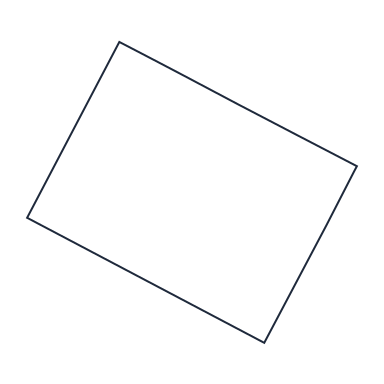 Grundy, Illinois, United States of America, rotated 299°
{"feature_id": "52423323B76821176923110", "entity_name": "Grundy", "entity_type": "district", "adm_level": 2, "iso_a3": "USA", "parent_name": "United States of America", "parent_adm1": "Illinois", "projection": "mercator", "projection_center": [-88.344, 41.286], "detail": "fine", "context": "isolated", "style": "outline", "palette": "slate", "viewbox_px": 384, "rotation_deg": 299, "n_neighbors": 0, "source": "geoboundaries", "source_scale": "gbopen_adm2", "svg_char_len": 302}
<svg xmlns="http://www.w3.org/2000/svg" viewBox="0 0 384 384"><g transform="rotate(299 192 192)"><path d="M89.5,60.3L95.1,328.3L228.1,325.7L288.4,323.8L294.5,323.7L292.7,256.8L291.0,190.0L289.7,123.0L288.9,89.5L288.0,55.9L288.0,55.7L89.5,60.3Z" fill="none" stroke="#1e293b" stroke-width="2"/></g></svg>